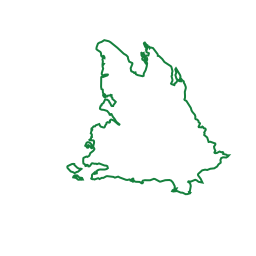 outline of Sabah, rotated 239°
{"feature_id": "MYS-1186", "entity_name": "Sabah", "entity_type": "State", "adm_level": 1, "iso_a3": "MYS", "parent_name": "Malaysia", "parent_adm1": "", "projection": "mercator", "projection_center": [117.356, 5.751], "detail": "fine", "context": "isolated", "style": "outline", "palette": "green", "viewbox_px": 256, "rotation_deg": 239, "n_neighbors": 0, "source": "natural_earth", "source_scale": "10m", "svg_char_len": 5913}
<svg xmlns="http://www.w3.org/2000/svg" viewBox="0 0 256 256"><g transform="rotate(239 128 128)"><path d="M95.3,192.1L94.7,192.0L92.8,189.2L92.3,189.1L90.7,191.3L91.0,192.4L89.9,192.9L88.9,192.7L87.8,193.9L87.3,194.0L86.4,193.7L84.9,191.0L84.0,190.9L82.8,189.7L79.1,191.0L74.5,189.9L73.8,191.5L69.8,194.8L69.0,194.5L68.6,194.0L67.8,192.2L66.2,191.5L63.4,191.1L62.8,189.8L62.4,189.4L61.9,189.5L61.3,190.1L60.8,191.5L60.7,194.3L58.9,195.8L58.6,196.8L57.9,197.0L56.8,196.2L54.3,198.7L53.4,198.9L52.6,200.4L52.1,198.8L52.1,197.0L53.9,194.4L54.2,192.4L52.9,190.7L51.1,190.0L50.5,189.5L50.2,186.8L49.1,184.6L49.0,181.2L50.7,177.5L51.2,174.3L52.6,172.6L53.5,169.8L52.5,164.6L51.9,163.9L51.3,163.7L47.0,164.1L42.9,163.7L45.5,160.8L47.8,159.9L49.0,158.9L49.7,154.3L51.1,152.4L50.8,151.8L49.1,152.6L47.5,152.5L45.9,151.9L41.9,148.4L41.9,147.3L41.4,147.2L40.4,148.1L40.1,147.5L40.8,144.7L41.6,143.3L44.4,141.5L45.5,139.9L48.7,137.6L50.2,134.2L51.1,133.3L51.7,134.3L50.2,137.2L51.1,138.5L51.8,136.3L53.3,137.7L54.2,138.1L58.2,138.4L60.7,137.9L62.1,136.7L64.1,133.0L65.3,128.3L65.7,127.6L70.4,124.8L71.1,124.0L71.8,120.0L74.6,115.5L75.2,113.6L74.5,112.2L73.5,112.6L73.2,112.0L73.6,111.2L75.8,110.2L77.9,107.0L78.8,106.2L80.2,105.8L81.9,106.4L82.2,105.9L82.0,104.4L81.4,104.3L79.4,104.8L79.4,104.6L80.7,103.9L81.6,103.0L82.8,103.0L83.2,102.7L83.7,100.9L84.5,99.7L89.9,95.4L91.4,94.5L92.2,91.2L93.6,90.3L97.5,85.3L97.8,84.5L97.9,81.3L98.8,79.8L98.9,77.3L100.2,76.7L100.5,76.0L101.1,72.8L101.6,72.5L102.4,71.2L103.2,70.5L103.7,70.5L104.3,71.7L106.2,72.9L106.5,73.4L107.1,76.6L105.8,76.0L105.2,77.9L107.1,79.0L107.4,79.9L107.2,81.7L106.7,82.9L104.4,86.6L103.8,88.6L104.0,90.1L105.9,90.6L106.8,90.1L108.0,88.5L112.6,84.9L113.0,82.8L113.9,82.2L114.5,81.0L116.1,79.3L116.3,78.7L115.1,75.8L115.1,74.8L115.5,74.3L116.8,74.5L117.5,74.0L117.6,73.7L117.1,73.3L117.0,72.8L117.3,72.0L119.1,72.3L120.5,71.5L122.3,72.3L124.8,73.9L125.3,74.5L125.0,77.4L124.8,77.9L124.2,78.2L124.1,79.9L124.3,80.7L125.9,82.8L126.3,86.4L127.0,88.1L127.6,88.5L130.1,88.6L132.8,91.3L134.3,92.1L135.1,92.0L137.3,88.8L137.7,88.8L137.9,90.7L139.1,91.8L138.8,92.0L138.8,92.5L139.7,92.8L140.8,93.6L141.4,93.7L142.5,93.3L144.0,94.8L144.9,96.5L145.3,96.5L145.6,95.9L146.4,96.5L146.5,97.7L147.1,99.3L146.4,100.5L146.9,101.7L146.2,105.4L144.0,105.2L143.2,105.4L141.1,107.2L140.7,107.9L140.9,108.7L141.9,109.8L142.6,111.6L143.4,112.1L143.6,113.3L143.4,113.8L142.3,114.5L142.2,115.1L142.5,115.8L143.7,116.3L144.0,117.4L143.8,118.1L141.6,119.7L135.9,121.6L134.8,122.8L139.3,121.2L142.5,121.2L145.5,120.8L148.5,121.0L148.8,120.5L148.4,119.4L148.8,119.1L150.5,119.4L153.4,118.9L156.0,116.6L157.4,114.7L158.7,113.9L159.4,114.1L160.9,115.7L161.0,117.0L161.8,117.4L162.1,119.9L164.2,123.0L162.9,124.8L161.3,125.5L160.2,125.5L159.4,125.2L158.6,125.5L155.8,125.2L155.1,125.5L154.5,126.6L155.1,127.2L156.5,130.7L156.8,131.0L161.1,129.6L162.2,130.2L163.4,129.8L164.6,130.9L165.4,130.2L165.2,129.3L166.1,127.5L165.8,126.2L166.5,125.7L168.5,125.5L170.4,124.6L171.4,124.8L173.9,126.1L175.0,125.3L177.1,126.1L185.3,131.2L185.5,131.8L185.4,132.2L184.6,132.8L183.9,136.4L183.7,137.3L184.0,138.2L184.3,138.2L185.6,135.8L185.7,134.1L186.9,133.3L187.8,133.3L188.7,133.9L191.7,137.3L193.7,137.8L194.5,138.4L195.4,140.4L195.9,139.9L196.0,139.2L198.1,140.8L199.9,141.4L200.6,142.4L200.8,143.3L200.0,143.8L200.5,144.2L201.9,144.4L202.5,144.1L202.6,143.5L202.2,142.7L202.8,142.3L203.9,142.3L206.0,143.4L207.4,143.5L210.9,141.8L212.0,141.6L213.4,142.7L215.8,145.7L215.9,147.4L215.4,149.7L215.5,152.9L212.3,156.2L210.5,157.2L202.3,160.2L193.9,162.6L191.3,164.0L189.2,164.5L187.1,163.7L184.3,163.2L181.5,165.1L181.0,165.0L180.5,164.6L177.9,161.1L175.5,160.1L175.1,160.3L174.7,160.2L172.3,162.0L171.9,161.7L171.7,161.9L171.7,163.0L170.0,162.5L168.4,163.5L164.8,167.3L164.7,168.3L166.6,169.6L168.5,172.9L171.1,175.7L173.6,177.7L175.7,178.1L176.5,179.5L177.1,179.9L177.9,180.2L178.0,179.5L178.6,179.3L180.0,179.9L180.6,181.1L179.7,182.8L180.9,184.1L181.3,184.4L183.4,183.0L185.5,183.6L185.3,184.2L187.6,187.0L187.6,187.3L186.7,188.1L185.2,187.7L185.4,188.4L185.2,189.1L183.6,190.6L176.2,191.4L175.2,191.2L174.5,190.7L173.6,191.7L169.5,192.9L165.8,193.2L158.8,196.6L157.8,196.6L153.8,195.4L152.1,193.8L150.7,193.2L150.0,192.0L146.5,191.0L145.5,190.3L143.9,187.8L143.2,187.9L140.9,189.8L141.1,190.2L142.0,190.7L142.2,193.0L143.0,194.2L143.1,194.7L142.5,195.7L141.3,196.6L140.6,197.7L141.9,199.0L141.0,199.1L139.2,199.8L138.1,199.2L136.1,199.2L133.3,198.6L132.3,198.0L129.7,195.3L126.1,193.4L124.4,192.3L123.5,191.1L122.8,191.0L121.1,192.0L112.9,192.2L110.3,191.5L108.5,191.5L105.0,192.1L103.2,191.7L101.6,190.6L100.8,190.5L99.4,191.7L97.7,192.0L96.5,191.5L95.3,192.1ZM120.3,56.5L124.8,55.6L125.9,55.9L126.4,56.6L126.0,61.2L125.5,62.5L124.8,63.4L124.0,63.0L120.0,64.1L118.2,65.2L117.4,66.7L116.9,67.0L116.3,62.5L116.7,61.4L116.8,59.0L118.2,58.3L120.3,56.5ZM145.3,199.6L142.6,197.3L142.5,196.7L142.8,196.2L143.6,195.6L145.2,194.9L149.0,195.9L150.4,197.8L154.0,198.8L154.5,199.9L146.9,199.9L145.3,199.6ZM134.8,82.2L136.7,85.0L136.5,86.4L134.8,87.8L133.6,88.1L130.9,88.0L129.3,87.3L129.3,86.5L129.7,86.2L132.4,85.9L133.7,85.3L133.9,84.6L133.5,84.2L131.9,84.1L131.7,83.5L132.2,82.9L134.0,82.7L134.8,82.2ZM181.5,177.8L182.1,177.0L183.3,177.0L185.5,178.1L185.5,178.4L184.5,178.7L184.3,179.9L183.2,179.0L182.6,179.9L180.9,178.9L179.4,178.6L178.8,178.1L174.2,176.8L174.2,176.5L177.7,176.5L179.1,175.6L180.0,175.8L180.8,177.2L181.5,177.8ZM113.9,55.6L114.5,56.2L114.8,57.3L114.6,58.4L114.2,59.0L113.4,58.2L112.7,58.6L112.5,59.4L112.9,60.2L108.6,61.3L109.5,62.2L108.8,62.9L107.1,62.7L109.3,58.7L112.0,57.7L113.9,55.6ZM188.9,184.6L192.2,185.1L192.7,185.8L192.6,186.4L189.9,186.7L188.9,187.3L188.7,187.2L188.6,186.1L187.9,185.4L187.5,184.7L188.9,184.6ZM168.5,123.4L169.1,123.6L169.2,124.0L169.0,124.4L167.1,125.0L166.1,124.6L166.0,124.3L166.7,123.6L168.5,123.4Z" fill="none" stroke="#15803d" stroke-width="2"/></g></svg>